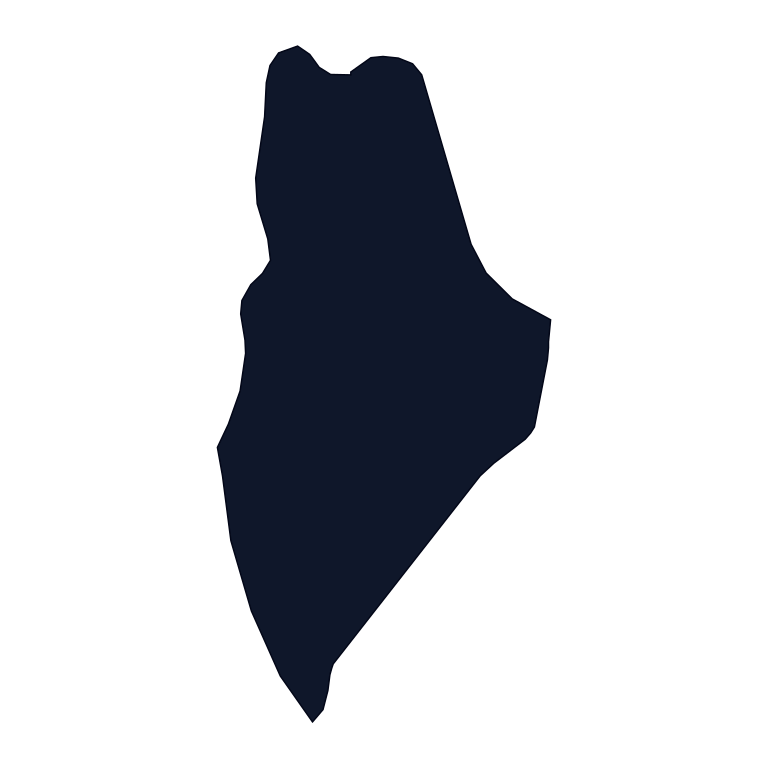 Perlis, Robinson projection
{"feature_id": "MYS-1141", "entity_name": "Perlis", "entity_type": "State", "adm_level": 1, "iso_a3": "MYS", "parent_name": "Malaysia", "parent_adm1": "", "projection": "robinson", "projection_center": [100.224, 6.484], "detail": "fine", "context": "isolated", "style": "filled", "palette": "ink", "viewbox_px": 768, "rotation_deg": 0, "n_neighbors": 0, "source": "natural_earth", "source_scale": "10m", "svg_char_len": 752}
<svg xmlns="http://www.w3.org/2000/svg" viewBox="0 0 768 768"><path d="M297.6,46.1L309.7,54.4L313.1,59.0L319.2,67.4L330.6,74.5L350.8,74.9L350.8,72.0L370.9,57.7L383.0,56.5L398.4,58.1L412.6,63.8L421.7,74.8L471.1,244.3L486.1,273.0L512.2,298.9L550.6,319.8L548.5,341.7L548.5,347.9L547.4,360.0L534.4,427.0L530.7,432.9L525.2,439.2L493.7,463.3L480.2,475.8L333.2,663.9L331.8,668.0L329.9,674.8L327.9,690.5L323.0,709.6L312.7,721.7L312.5,721.9L280.3,676.0L251.4,611.0L230.9,540.7L222.5,475.9L217.4,447.4L228.4,424.1L240.1,391.0L245.6,353.4L245.0,340.2L240.7,314.0L241.9,300.5L250.8,284.7L262.5,273.4L270.5,260.3L267.8,238.9L257.2,203.8L255.7,178.1L264.6,116.8L266.3,82.7L270.0,65.5L278.6,52.9L297.6,46.1Z" fill="#0f172a" stroke="#020617" stroke-width="1.5"/></svg>